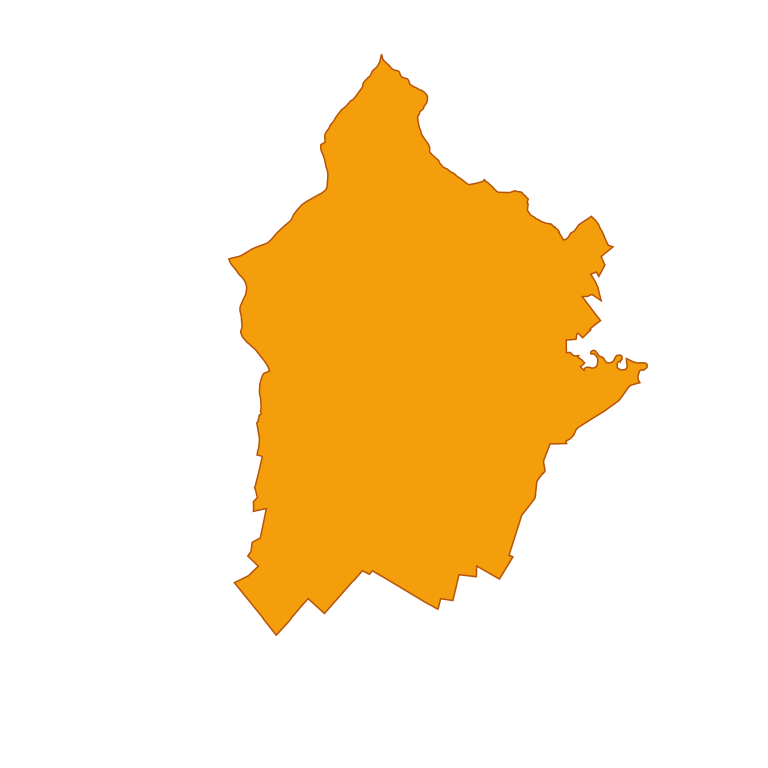 outline of Ozun, Covasna, Romania, rotated 220°
{"feature_id": "2599482B7707207795869", "entity_name": "Ozun", "entity_type": "district", "adm_level": 2, "iso_a3": "ROU", "parent_name": "Romania", "parent_adm1": "Covasna", "projection": "orthographic", "projection_center": [25.876, 45.801], "detail": "fine", "context": "isolated", "style": "filled", "palette": "amber", "viewbox_px": 768, "rotation_deg": 220, "n_neighbors": 0, "source": "geoboundaries", "source_scale": "gbopen_adm2", "svg_char_len": 6171}
<svg xmlns="http://www.w3.org/2000/svg" viewBox="0 0 768 768"><g transform="rotate(220 384 384)"><path d="M597.8,635.1L595.7,630.5L594.9,629.4L594.2,627.6L593.4,624.1L593.3,622.5L593.4,621.1L594.1,616.3L592.6,611.0L593.1,608.6L593.5,603.5L593.4,601.6L593.3,601.0L591.4,597.9L591.1,594.1L590.8,588.8L590.6,586.7L590.6,582.2L591.6,579.2L591.6,573.3L592.1,569.7L592.8,566.4L592.7,564.1L592.3,556.7L591.5,553.4L591.6,551.8L591.5,548.0L590.4,543.8L590.4,540.9L590.0,538.5L589.4,536.9L588.8,535.9L586.9,533.8L585.5,532.6L584.9,531.8L584.9,530.7L585.2,529.2L586.2,527.1L586.1,526.7L585.9,526.2L585.2,525.5L584.3,524.2L583.1,523.3L582.6,522.7L576.6,519.6L572.8,517.0L567.8,513.0L564.0,510.7L560.8,507.4L555.3,499.7L554.3,498.6L553.7,496.5L553.5,494.6L554.4,490.2L555.7,487.2L560.5,474.5L561.7,470.4L562.1,468.5L562.4,461.6L562.1,455.6L560.6,450.1L560.7,448.1L561.9,441.2L562.8,434.1L563.1,431.2L563.2,422.9L563.6,418.5L564.6,415.8L570.8,404.8L571.9,402.5L572.9,399.4L576.1,390.3L577.3,388.2L582.2,381.7L583.2,380.1L582.2,379.3L579.9,378.2L577.2,377.3L572.3,376.6L565.0,374.7L562.5,374.6L560.2,374.3L558.3,373.8L555.3,372.6L552.5,370.8L551.2,369.6L550.1,368.1L548.1,364.8L547.4,363.2L545.6,356.1L544.0,351.3L543.5,350.1L541.8,347.9L538.2,345.1L536.9,344.2L530.4,337.5L529.4,336.5L527.7,332.5L526.9,331.4L525.0,330.3L522.1,328.9L520.3,328.8L517.1,328.1L514.8,327.9L512.1,328.0L510.3,327.8L505.9,327.7L504.0,327.5L490.8,324.8L484.8,323.1L480.0,320.4L482.6,315.5L482.9,314.0L482.4,312.1L480.8,307.7L479.0,304.1L475.3,299.0L472.9,296.4L469.8,294.1L463.7,287.8L461.8,285.1L461.1,283.7L459.7,283.0L459.2,282.5L458.8,281.9L458.8,281.3L459.6,280.0L458.3,277.9L456.6,274.4L456.3,273.5L456.5,272.5L444.4,262.2L439.8,256.0L438.4,253.4L437.5,251.1L436.4,249.5L435.6,248.0L432.1,249.8L430.6,250.2L424.1,237.6L416.8,222.6L416.8,221.6L413.5,219.7L409.8,216.8L408.0,215.9L408.4,209.9L402.5,203.2L402.2,202.5L394.1,213.0L379.8,186.6L383.2,178.0L378.3,170.3L377.8,164.7L363.1,163.6L363.7,158.9L364.6,150.0L370.9,135.6L325.9,126.9L325.9,126.6L305.1,122.3L304.3,138.9L304.3,144.1L304.7,145.8L304.6,146.4L304.4,162.9L304.1,170.8L282.1,169.9L281.1,213.0L280.8,214.2L280.6,220.4L280.5,227.1L272.9,228.8L272.8,233.4L256.8,236.2L211.5,243.4L198.4,246.0L197.9,246.3L202.6,255.9L192.1,262.4L195.6,269.6L204.0,286.1L189.4,295.7L192.4,299.6L196.0,304.1L170.2,308.8L174.1,334.4L176.6,333.8L178.1,333.1L178.2,333.3L194.2,372.2L194.3,380.0L194.9,393.0L195.3,394.2L196.5,396.3L198.9,399.4L198.9,399.7L203.9,407.0L204.3,408.4L204.7,411.5L204.9,417.8L204.5,417.9L204.5,420.2L205.4,421.6L210.9,426.1L212.3,427.7L213.8,431.7L216.9,441.0L218.4,444.7L215.0,447.7L214.0,448.4L213.4,449.1L205.8,455.8L207.9,457.2L206.4,460.9L205.9,463.9L205.9,467.0L207.4,472.5L207.3,475.5L202.4,491.0L198.2,503.3L194.2,519.0L193.6,521.0L193.4,522.9L193.8,529.5L194.6,537.6L194.3,540.8L194.1,541.7L193.5,542.7L188.8,549.5L190.4,550.0L192.2,550.9L194.0,552.4L195.2,554.8L195.9,556.7L196.4,557.2L196.5,558.3L196.3,559.4L195.0,561.1L194.1,561.1L193.1,565.6L194.7,567.9L195.4,568.2L196.9,568.2L198.8,567.1L203.3,563.1L207.0,561.3L214.7,559.3L211.8,556.2L209.1,554.1L208.5,552.8L208.2,551.0L209.1,549.4L211.1,547.4L213.4,546.5L214.9,546.3L216.2,546.8L217.3,547.9L218.4,549.5L218.7,551.1L218.7,551.5L218.0,552.9L217.7,552.9L217.2,552.8L218.0,554.1L217.6,554.3L217.5,555.6L217.9,556.5L219.5,558.2L221.1,558.1L222.0,557.8L223.9,555.6L224.1,555.0L223.9,552.5L223.0,549.8L223.2,548.2L223.8,546.6L225.0,545.0L226.0,544.1L227.2,543.6L228.4,543.6L231.9,544.8L232.9,545.0L233.7,544.9L236.5,543.9L237.6,543.9L241.9,544.9L243.5,545.2L244.3,545.0L245.0,544.5L245.5,543.8L246.0,542.8L246.2,541.7L245.9,540.9L245.1,540.3L244.4,540.2L243.6,541.2L242.4,541.9L241.2,542.0L239.6,541.8L237.4,541.2L235.7,539.9L234.2,537.9L233.1,535.8L232.5,534.2L232.6,533.4L233.6,531.1L234.6,530.2L235.7,529.4L237.6,528.8L239.5,527.1L240.0,526.3L240.3,525.4L240.2,524.3L239.6,523.0L244.7,523.5L243.8,527.9L243.8,529.1L245.7,529.4L249.2,529.6L252.4,529.1L253.0,529.6L253.2,530.9L254.9,529.0L256.4,527.9L258.2,527.5L260.8,527.9L262.0,527.7L264.2,525.2L266.9,528.1L272.6,534.8L269.5,537.8L265.7,541.7L265.8,542.1L268.5,546.3L267.7,547.6L261.5,547.2L260.4,558.4L261.7,558.7L258.9,571.8L273.8,575.0L288.3,578.4L285.5,580.9L284.5,581.9L284.0,582.8L282.7,585.6L282.1,586.3L271.2,587.4L277.7,592.1L282.3,595.6L284.2,596.3L286.7,597.7L288.3,598.4L296.2,601.0L293.3,606.3L288.6,604.5L291.2,617.0L299.6,621.3L296.7,636.2L301.4,634.5L305.6,636.2L311.1,639.2L314.6,640.9L318.4,642.2L320.9,643.5L323.0,644.3L326.9,645.3L333.0,645.7L334.2,640.9L335.0,638.6L337.1,631.5L337.1,630.8L336.9,628.9L336.6,623.6L336.8,622.4L337.8,620.3L337.9,618.8L337.2,615.9L337.2,613.9L337.4,612.9L337.7,611.9L339.2,609.5L340.7,610.4L347.4,612.5L347.2,612.9L349.8,613.9L351.5,613.9L353.5,613.6L353.9,614.3L354.9,613.6L356.1,613.7L356.5,613.9L357.3,613.8L358.5,614.1L363.6,611.1L366.2,610.3L367.2,609.7L371.3,609.2L373.5,608.4L377.1,608.4L379.1,607.7L381.9,608.0L385.3,609.1L386.0,609.6L386.9,610.8L389.5,614.8L390.8,614.6L392.5,618.5L392.9,618.4L395.1,618.5L396.1,619.0L398.2,618.8L399.7,618.9L401.2,619.4L403.6,618.6L404.3,617.8L407.9,616.1L408.6,615.3L410.1,612.4L410.7,611.6L413.8,609.0L416.4,607.0L418.7,605.1L419.7,604.4L420.6,604.1L425.7,604.3L426.7,604.8L428.2,604.7L434.4,605.0L435.2,604.7L438.6,605.0L438.3,604.0L438.6,602.8L439.8,600.7L442.9,596.3L447.1,591.3L448.5,590.9L455.7,590.7L462.0,590.0L463.9,590.3L466.9,590.0L468.9,589.4L470.1,589.3L471.3,589.4L473.9,589.3L478.4,588.0L480.6,588.7L482.2,588.8L483.5,589.2L485.7,590.3L494.6,590.6L497.5,591.0L498.4,591.2L499.7,593.1L501.4,594.9L504.7,596.4L508.7,597.3L515.8,599.5L517.0,600.2L518.0,601.2L521.1,602.8L523.5,604.4L525.3,605.9L528.7,609.0L530.5,610.9L530.2,611.3L530.4,613.0L531.4,615.7L531.4,616.8L531.1,617.5L530.8,620.3L531.8,622.5L531.8,624.7L532.1,627.1L533.8,630.2L535.1,631.7L536.9,632.9L538.5,633.2L542.0,633.4L544.5,632.9L546.2,632.2L549.5,631.7L552.7,630.7L555.7,630.4L557.4,630.6L560.3,632.3L562.1,632.8L562.8,632.6L566.5,630.9L568.2,630.7L569.7,631.1L572.5,632.7L573.8,633.0L574.9,632.7L577.0,631.5L580.0,630.6L582.3,630.8L584.4,631.3L592.3,631.7L593.7,632.0L597.8,635.1Z" fill="#f59e0b" stroke="#b45309" stroke-width="1.5"/></g></svg>